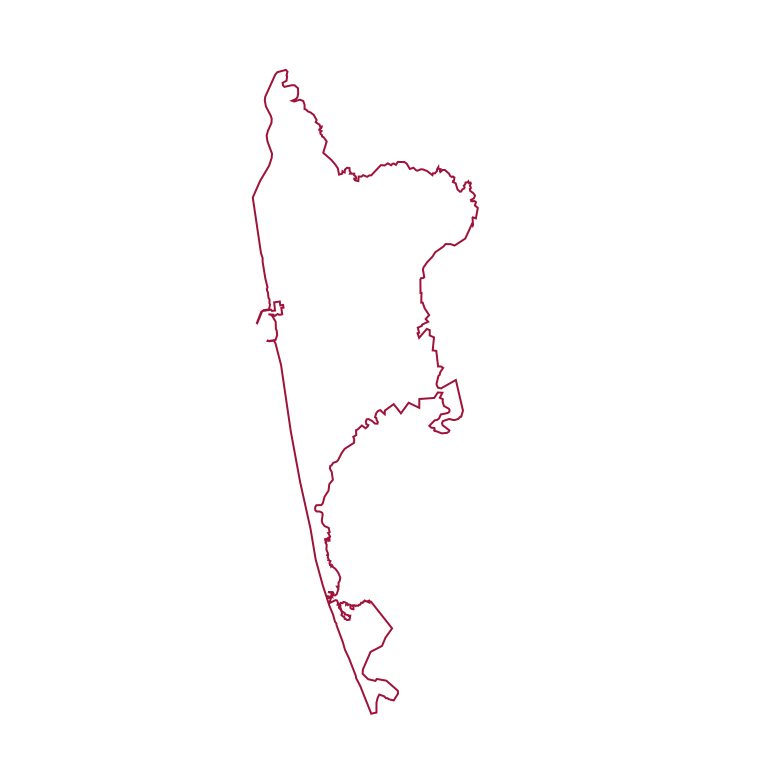 Paraíso, Tabasco, Mexico, rotated 262°
{"feature_id": "50627088B65754879428970", "entity_name": "Paraíso", "entity_type": "district", "adm_level": 2, "iso_a3": "MEX", "parent_name": "Mexico", "parent_adm1": "Tabasco", "projection": "mercator", "projection_center": [-93.279, 18.362], "detail": "fine", "context": "isolated", "style": "outline", "palette": "rose", "viewbox_px": 768, "rotation_deg": 262, "n_neighbors": 0, "source": "geoboundaries", "source_scale": "gbopen_adm2", "svg_char_len": 6135}
<svg xmlns="http://www.w3.org/2000/svg" viewBox="0 0 768 768"><g transform="rotate(262 384 384)"><path d="M586.9,280.0L530.7,280.4L525.7,281.3L521.7,280.8L504.8,281.2L495.9,282.1L494.8,281.3L492.7,281.2L491.1,281.8L485.4,281.6L483.7,282.4L479.8,281.8L478.6,282.2L474.6,280.8L473.8,279.7L473.9,275.2L472.6,272.5L462.1,266.6L461.8,266.9L472.6,273.2L473.2,274.1L473.3,282.4L472.0,283.2L471.9,286.3L480.1,286.6L480.2,292.3L476.3,292.2L476.3,295.1L473.6,295.1L473.7,292.9L467.3,292.9L467.0,292.3L467.2,289.6L468.1,288.4L466.6,285.2L468.1,284.0L469.1,279.2L468.4,281.5L466.9,282.8L460.7,285.4L453.7,284.6L451.8,285.2L447.2,285.0L442.7,282.7L442.6,275.9L443.2,275.0L442.8,274.7L442.3,276.3L442.3,281.0L439.4,282.2L417.3,284.7L350.3,285.1L298.8,287.3L250.6,291.1L220.0,291.9L193.4,295.3L171.3,299.2L163.0,301.4L155.5,302.4L153.5,303.5L151.7,303.4L134.7,307.2L126.2,308.4L117.2,311.2L98.7,315.5L96.8,315.4L88.4,318.4L59.3,325.5L59.7,330.8L69.5,332.2L74.0,334.0L77.1,336.1L74.8,340.6L72.5,342.3L72.4,343.7L71.1,345.0L69.3,349.6L75.4,354.8L78.3,355.0L89.9,345.0L92.9,335.8L91.2,334.2L93.9,327.2L100.0,322.5L104.3,323.4L120.6,333.4L124.9,345.6L132.7,350.2L140.9,358.0L170.3,340.8L170.3,339.8L171.6,339.2L171.3,338.0L169.9,338.5L172.3,334.7L171.8,334.1L171.4,334.5L171.3,333.1L170.2,332.4L170.6,330.9L168.8,329.8L168.8,328.4L168.0,327.8L168.5,325.8L168.1,325.2L169.0,324.1L169.2,322.1L168.6,321.9L167.8,322.8L165.2,322.4L165.7,320.8L167.0,319.6L168.3,319.7L169.0,320.6L170.0,319.9L170.6,318.4L170.2,317.5L171.4,317.1L170.7,315.8L172.4,316.2L173.2,315.2L173.8,313.4L172.7,312.5L173.3,310.5L172.1,309.7L170.4,310.1L169.5,309.5L164.9,310.6L162.6,313.2L161.4,313.1L160.0,316.6L159.1,316.7L159.2,318.3L155.4,317.1L155.4,314.4L156.8,313.3L156.9,312.4L159.2,312.2L159.3,311.2L161.1,309.7L162.9,310.7L167.8,309.3L167.4,309.1L168.8,308.2L170.3,308.8L171.7,308.5L171.9,307.3L173.3,308.0L176.1,307.4L176.7,306.0L174.9,300.3L176.5,300.3L179.3,301.6L179.9,299.2L181.5,299.2L180.2,302.8L181.5,302.2L184.3,303.2L185.8,299.6L185.1,304.2L183.6,304.9L181.8,303.3L181.5,306.4L182.5,307.9L187.4,310.4L189.9,309.3L189.7,310.9L193.7,311.3L194.8,312.5L198.2,313.8L203.6,312.4L207.5,310.3L210.0,307.9L211.4,307.5L210.6,306.3L212.5,306.3L212.4,305.3L214.3,305.1L216.1,306.3L217.4,304.3L218.0,304.8L220.1,304.2L222.4,304.8L222.6,304.0L224.0,304.9L228.1,303.9L232.8,304.9L234.9,304.0L235.3,304.6L238.5,303.9L239.2,304.1L236.7,304.6L236.5,305.3L237.7,305.3L237.3,305.8L237.7,306.5L238.7,305.9L239.4,307.2L236.4,307.7L236.5,308.3L238.8,308.3L240.4,309.4L244.3,307.9L244.8,309.5L249.1,309.3L251.6,305.4L254.7,303.6L257.4,303.4L263.2,305.1L265.1,304.9L266.6,302.7L267.2,299.5L268.6,298.4L271.4,298.6L273.4,300.2L272.8,304.9L274.2,306.7L280.6,309.4L286.1,314.2L292.4,315.9L296.2,320.0L304.2,320.0L307.7,318.6L310.3,319.4L310.7,320.7L313.0,322.7L313.7,326.2L314.9,327.9L321.3,332.3L325.2,335.9L330.0,346.2L333.7,346.8L335.9,346.2L337.3,349.4L342.1,349.9L342.8,351.9L346.0,356.3L342.7,359.6L344.4,362.1L345.5,362.8L346.7,360.9L349.4,360.8L351.4,361.9L351.4,363.8L348.8,367.3L346.1,369.5L345.6,372.0L347.1,372.6L349.6,371.6L351.4,371.7L352.3,370.5L356.3,372.3L358.1,374.3L358.7,376.6L354.0,380.5L357.6,381.2L362.7,390.8L352.6,396.7L362.0,405.8L355.5,415.6L364.2,416.9L363.2,431.8L368.1,436.1L367.2,440.6L362.6,437.4L360.8,440.1L358.4,439.6L353.9,440.3L350.5,444.7L349.0,445.3L347.3,444.8L346.4,443.0L345.9,436.0L342.2,433.7L341.0,431.5L341.0,429.2L336.3,423.1L334.1,424.8L333.5,427.7L332.1,427.9L331.1,427.2L330.3,427.7L329.9,429.4L327.1,434.2L326.8,439.4L327.7,441.5L329.0,442.3L335.0,436.3L337.3,436.0L339.1,437.2L340.3,443.7L338.6,447.9L338.5,449.4L339.1,452.7L341.0,455.0L340.9,455.9L346.6,458.5L378.0,455.7L371.7,439.9L372.9,436.9L375.5,436.1L376.8,436.0L384.4,439.0L385.3,440.4L387.8,441.3L391.7,444.8L393.4,442.9L393.8,440.0L409.5,440.4L410.5,436.9L423.2,440.0L425.7,436.0L430.9,436.8L432.6,434.1L424.8,425.2L429.6,424.3L429.8,425.9L435.1,425.3L436.3,429.6L437.5,430.0L439.5,436.4L442.6,434.3L445.9,438.3L453.3,434.8L459.2,433.6L459.4,432.2L469.0,433.8L469.1,432.8L482.5,434.6L483.6,435.4L483.5,437.6L484.1,438.7L492.0,438.5L494.0,439.4L498.6,443.7L503.4,449.8L507.3,453.0L511.8,461.9L514.0,464.4L513.2,469.5L511.3,473.2L516.7,484.7L530.1,493.3L528.4,493.9L529.1,494.3L536.4,494.8L536.7,495.2L535.2,498.0L545.3,501.4L548.2,498.8L551.2,500.4L552.6,499.1L552.6,497.1L553.5,496.6L553.1,495.9L554.2,495.7L555.3,498.8L557.9,500.4L560.8,498.8L563.1,496.3L565.3,496.2L565.7,497.1L566.7,497.3L568.3,496.6L570.5,497.9L571.4,497.7L571.0,496.2L572.9,495.7L572.0,494.8L572.2,492.8L570.3,492.1L569.3,490.6L567.8,491.2L566.5,490.6L565.8,488.6L563.9,487.3L563.8,486.1L566.3,483.9L572.8,482.9L574.5,480.3L575.5,480.7L575.7,481.6L578.7,482.5L579.9,481.1L579.5,480.0L580.8,478.5L583.3,477.6L587.4,474.1L587.8,471.9L586.1,469.3L587.1,469.0L588.9,469.9L589.5,467.9L591.2,468.0L589.2,466.4L587.7,466.2L585.5,463.8L585.8,461.8L584.1,461.0L589.0,456.2L591.1,452.3L591.5,450.5L590.6,446.7L591.1,445.6L594.0,443.3L593.4,439.5L599.0,437.2L600.9,435.2L602.0,428.6L599.3,426.3L601.0,424.3L600.8,422.9L599.6,421.6L602.0,418.4L600.3,415.1L601.2,411.4L592.4,400.4L592.6,398.4L591.5,396.2L593.7,392.4L592.5,390.5L593.0,387.8L588.5,386.8L589.7,383.7L590.6,383.1L591.6,383.2L591.5,385.0L593.4,384.9L594.9,383.5L596.4,383.8L597.0,379.6L598.2,380.4L599.7,379.6L602.6,379.9L603.3,377.6L601.8,375.2L599.0,374.5L600.5,372.5L598.1,371.9L597.6,368.7L604.0,368.3L607.9,366.4L613.2,363.1L621.4,356.0L632.2,361.0L636.7,358.6L637.7,357.1L639.1,357.2L640.3,356.0L642.1,355.9L643.1,357.3L644.3,355.3L645.1,355.3L646.1,357.4L647.6,358.2L647.7,356.5L649.7,356.3L652.7,352.8L654.8,354.0L660.2,351.9L663.0,349.2L664.7,346.3L666.5,345.2L667.3,343.6L671.6,344.2L675.5,343.4L677.3,340.2L676.2,334.4L677.3,332.3L678.3,336.1L680.0,338.2L683.4,339.4L688.8,340.0L692.3,337.0L692.7,334.2L692.1,326.8L693.6,325.6L696.3,325.5L697.9,329.7L702.4,330.9L703.1,330.4L706.7,331.9L708.7,330.5L707.6,321.7L705.4,319.3L685.0,306.4L681.4,305.4L675.3,305.7L665.4,309.2L662.4,309.7L658.2,308.9L650.7,304.2L646.1,302.3L640.2,302.4L627.6,305.2L623.5,304.2L616.1,300.6L602.4,289.6L586.9,280.0Z" fill="none" stroke="#9f1239" stroke-width="2"/></g></svg>